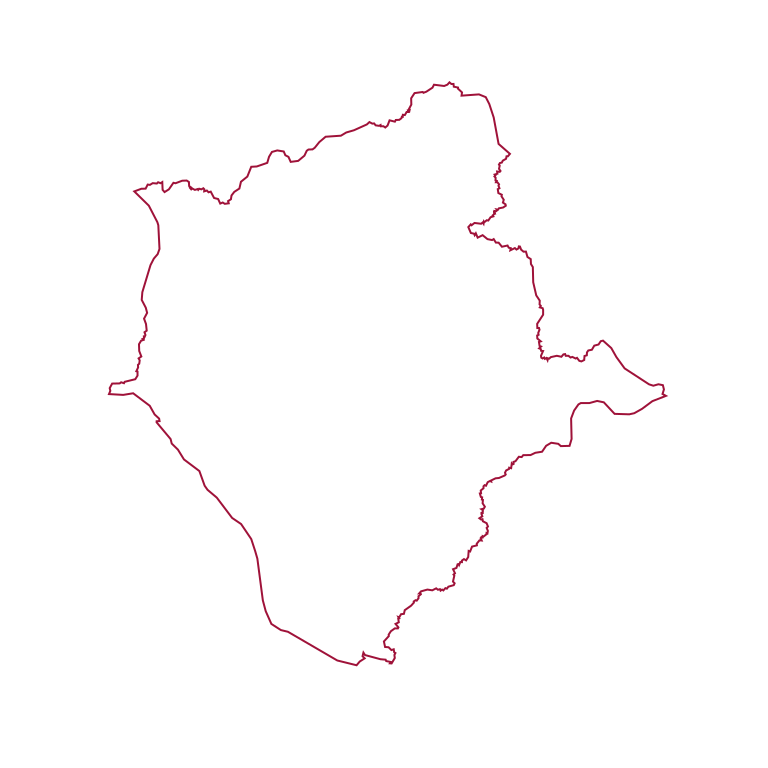 the district of Chanuman, Amnat Charoen, Thailand, rotated 161°
{"feature_id": "78962969B71336956115942", "entity_name": "Chanuman", "entity_type": "district", "adm_level": 2, "iso_a3": "THA", "parent_name": "Thailand", "parent_adm1": "Amnat Charoen", "projection": "mercator", "projection_center": [104.897, 16.141], "detail": "fine", "context": "isolated", "style": "outline", "palette": "rose", "viewbox_px": 768, "rotation_deg": 161, "n_neighbors": 0, "source": "geoboundaries", "source_scale": "gbopen_adm2", "svg_char_len": 6166}
<svg xmlns="http://www.w3.org/2000/svg" viewBox="0 0 768 768"><g transform="rotate(161 384 384)"><path d="M501.5,127.0L497.3,129.5L491.6,130.9L492.9,133.6L490.9,136.7L490.2,133.9L476.9,124.9L472.2,122.8L472.1,121.3L467.8,118.8L469.2,117.9L467.8,117.3L463.0,121.4L462.4,124.4L460.8,125.9L461.7,127.0L461.2,130.0L463.6,130.0L465.4,133.6L468.6,135.0L467.9,140.6L461.5,144.1L461.2,145.5L458.0,148.0L453.4,149.4L450.4,148.4L449.6,149.2L451.2,153.4L447.6,153.9L446.9,157.6L445.9,157.5L446.2,159.0L445.5,158.5L442.8,160.8L440.0,160.2L438.0,163.4L430.5,165.6L426.9,167.6L426.7,168.7L424.6,169.3L423.6,168.5L421.1,170.2L420.5,172.1L417.6,173.2L417.6,174.5L418.6,174.7L416.5,175.9L409.9,175.5L405.5,173.2L401.2,173.8L400.0,171.9L397.9,171.8L397.8,170.2L396.0,170.7L395.1,169.5L392.4,171.0L391.2,170.0L389.1,171.4L383.5,171.1L382.1,172.6L383.1,174.7L379.9,179.9L380.3,181.2L378.5,181.9L379.0,186.4L375.4,186.5L373.1,189.6L372.0,189.5L371.9,188.4L369.8,190.8L368.3,190.2L367.8,191.7L365.4,192.4L363.8,190.5L360.7,193.0L358.3,198.6L357.1,197.6L353.7,201.6L348.7,201.2L348.3,202.8L344.6,205.1L342.6,204.2L342.8,206.8L341.8,207.5L340.9,206.8L340.3,208.0L339.7,207.3L336.2,208.5L335.6,209.7L334.9,209.0L333.6,211.3L333.8,214.5L332.1,215.4L332.3,219.0L335.2,222.0L334.9,224.1L336.3,224.2L337.5,226.0L334.1,226.9L334.2,229.4L333.0,229.7L333.4,230.5L332.3,230.7L331.6,232.5L332.6,233.9L330.2,233.7L328.6,235.1L329.6,239.1L328.2,242.2L329.1,242.9L328.1,244.9L329.2,245.7L329.0,249.3L327.8,249.1L327.2,251.8L323.9,253.0L323.2,254.9L321.8,255.6L320.7,254.6L317.9,257.4L315.4,257.8L314.4,256.9L314.3,257.9L309.2,258.5L305.9,257.7L299.6,258.2L298.4,258.8L298.5,260.7L296.7,262.5L293.4,263.0L292.9,264.1L291.2,263.0L289.1,267.2L288.7,266.1L287.5,266.2L286.9,268.2L284.8,268.2L280.2,271.3L277.6,270.1L275.5,271.4L268.6,269.1L263.3,269.7L256.6,268.5L250.8,272.8L245.0,274.0L238.7,270.7L237.0,267.7L228.7,265.1L224.5,271.0L218.3,290.5L212.9,297.0L206.8,301.4L204.1,301.9L196.0,299.1L188.0,298.6L182.1,295.1L175.7,280.7L162.0,275.5L156.9,274.9L148.1,276.5L135.8,280.4L121.3,281.0L123.9,283.9L121.1,287.7L120.7,292.1L124.6,294.4L129.9,294.7L133.5,297.4L151.4,320.4L155.5,333.8L157.4,344.0L162.8,353.7L165.1,353.9L168.3,351.5L172.7,351.8L176.3,348.7L179.9,349.2L181.8,347.8L182.9,345.1L185.3,345.2L186.9,341.5L190.0,341.1L191.8,342.3L193.0,345.9L194.5,345.7L197.1,348.3L199.0,348.3L200.4,350.6L203.0,351.5L203.0,353.3L204.7,353.6L207.4,352.0L211.4,354.4L217.5,355.1L219.6,354.2L220.6,354.9L221.6,353.3L221.9,355.7L223.7,355.4L223.9,356.9L225.7,356.5L226.7,357.7L226.4,359.5L222.9,363.4L224.6,364.2L224.4,366.0L225.7,367.2L223.3,368.3L224.5,369.3L223.8,373.3L221.9,373.3L224.2,377.1L223.4,380.0L221.8,380.2L221.6,382.0L219.3,384.7L219.2,386.5L220.8,387.0L219.6,391.0L211.0,397.7L209.4,402.3L209.3,404.0L211.7,405.7L210.3,406.8L211.0,408.6L209.6,412.1L211.2,418.2L209.8,431.6L205.2,446.1L206.0,449.6L204.6,454.3L207.0,457.4L206.7,463.0L209.0,463.7L210.6,466.4L210.7,469.7L211.7,470.2L212.8,468.4L215.0,468.0L216.0,469.9L221.0,469.3L219.9,471.1L221.7,472.3L222.1,474.7L227.8,475.4L229.6,480.3L232.2,481.3L233.1,485.3L234.9,484.9L239.0,487.3L242.3,492.6L247.8,491.9L248.1,496.6L249.8,495.2L249.9,496.8L252.7,498.5L253.2,504.9L250.0,506.7L249.5,505.6L246.0,506.8L240.0,503.9L238.1,504.6L237.7,503.1L236.7,505.0L236.5,504.3L233.5,505.4L232.2,504.6L228.9,507.0L226.1,506.9L226.4,508.0L224.5,508.8L224.1,510.3L223.5,509.6L223.2,511.6L221.8,510.9L220.4,511.4L220.7,512.4L219.5,511.7L218.2,512.7L213.9,512.1L210.8,512.9L210.6,514.3L212.5,516.8L210.8,519.2L211.8,523.2L211.0,524.6L213.7,527.3L213.0,531.2L211.1,531.5L211.2,534.2L210.2,535.3L211.1,537.8L212.4,538.3L211.3,539.4L212.3,540.2L211.3,542.7L212.0,544.3L210.7,545.0L211.1,546.0L208.3,545.9L207.9,548.1L205.5,546.9L204.5,547.5L205.2,550.0L203.5,552.8L203.9,554.0L202.5,555.2L200.5,555.0L199.0,556.5L195.3,557.2L194.0,559.4L192.7,559.0L190.0,560.6L197.5,573.7L193.5,600.3L193.3,614.4L194.4,622.1L199.9,626.9L216.8,631.4L215.3,634.3L217.9,639.2L217.5,640.2L221.2,642.4L220.6,645.1L222.6,645.7L223.9,647.9L226.6,646.4L230.1,646.2L239.3,650.7L241.7,648.4L248.8,646.6L251.9,646.5L252.3,647.5L260.4,649.1L265.3,645.3L267.2,639.3L271.3,635.5L270.4,635.0L271.4,633.4L272.4,634.4L272.6,633.3L274.1,633.8L276.7,631.5L278.5,632.4L279.3,630.5L280.1,630.9L281.0,629.6L283.6,628.8L286.9,629.8L288.3,628.5L292.9,631.5L296.5,627.2L299.3,626.1L300.6,627.9L303.1,628.7L302.9,630.0L304.6,629.7L307.7,631.3L308.5,633.6L310.3,634.0L312.5,636.4L315.7,635.0L329.8,633.7L337.8,634.1L343.9,632.8L358.7,636.8L366.4,633.8L372.6,629.9L375.2,629.1L379.1,630.3L381.1,629.7L384.9,625.8L392.5,622.9L399.9,624.4L400.4,629.9L402.8,632.4L403.1,636.5L408.9,639.6L414.4,639.9L418.7,636.3L422.4,631.1L433.5,631.1L438.8,632.6L445.7,624.6L453.4,621.8L457.1,615.9L463.0,614.4L466.8,611.9L468.6,608.5L471.9,607.7L472.0,605.4L475.9,606.2L477.4,608.1L480.1,607.9L480.6,612.9L484.1,615.2L485.2,622.3L487.5,622.4L488.5,624.6L491.3,624.7L490.5,626.6L491.1,627.9L493.3,627.5L495.2,628.8L496.5,628.0L496.8,629.0L499.6,629.1L501.7,631.3L502.9,630.8L503.6,632.6L502.6,632.9L503.8,634.6L502.7,638.5L504.3,640.6L508.6,641.9L515.8,641.7L517.6,642.8L524.0,638.1L529.0,636.9L530.1,639.7L527.9,647.1L529.9,646.6L531.9,648.3L533.5,647.5L537.3,649.2L540.5,648.5L542.5,649.5L545.8,646.3L549.8,647.6L557.4,647.4L548.3,629.2L545.6,610.8L545.7,607.6L552.3,584.8L555.7,580.5L560.8,577.5L566.1,572.4L582.6,549.5L585.7,542.4L584.4,533.7L584.8,528.4L589.6,523.9L589.5,518.2L591.0,511.7L593.6,510.9L593.6,508.0L595.0,506.5L595.6,507.0L596.3,505.0L597.5,505.1L597.1,504.0L599.6,504.0L602.7,501.4L604.7,494.9L604.5,489.0L607.7,488.1L607.3,485.9L608.8,482.9L610.4,482.2L611.1,479.7L614.0,476.7L613.0,476.0L614.3,472.2L617.6,469.5L628.5,470.5L629.6,469.4L632.0,471.2L633.7,470.6L640.9,472.9L644.7,469.4L645.0,466.6L647.3,464.0L634.1,458.6L624.2,456.9L612.6,439.7L610.8,429.9L607.9,424.5L608.3,422.0L611.1,422.8L611.5,421.8L603.7,401.4L604.1,396.8L600.2,389.0L597.7,377.8L586.9,361.8L586.7,346.2L585.3,341.4L579.1,331.0L571.2,306.8L564.7,298.1L560.0,280.6L560.2,268.0L560.6,260.1L569.0,218.9L569.8,207.7L568.6,193.8L561.6,184.9L555.5,181.0L518.2,137.8L501.5,127.0Z" fill="none" stroke="#9f1239" stroke-width="2"/></g></svg>